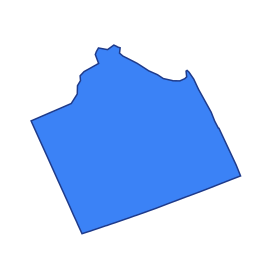 outline of Sussex, Delaware, United States of America, rotated 339°
{"feature_id": "52423323B18332977345719", "entity_name": "Sussex", "entity_type": "district", "adm_level": 2, "iso_a3": "USA", "parent_name": "United States of America", "parent_adm1": "Delaware", "projection": "orthographic", "projection_center": [-75.391, 38.706], "detail": "fine", "context": "isolated", "style": "filled", "palette": "blue", "viewbox_px": 256, "rotation_deg": 339, "n_neighbors": 0, "source": "geoboundaries", "source_scale": "gbopen_adm2", "svg_char_len": 1292}
<svg xmlns="http://www.w3.org/2000/svg" viewBox="0 0 256 256"><g transform="rotate(339 128 128)"><path d="M43.8,151.6L44.0,154.7L44.1,156.3L44.2,158.0L44.2,158.5L44.7,166.1L44.8,168.4L45.3,176.6L45.6,182.6L45.9,189.5L46.5,198.0L46.5,199.4L47.2,210.2L54.6,210.6L55.3,210.7L59.2,210.8L63.7,211.0L72.2,211.3L73.5,211.5L74.5,211.5L76.0,211.5L78.5,211.6L82.2,211.8L82.4,211.8L89.0,212.0L91.9,212.1L92.3,212.1L97.1,212.3L97.8,212.3L103.3,212.4L103.8,212.5L116.5,212.8L117.5,212.8L121.2,212.9L125.4,213.0L125.7,213.0L131.6,213.0L135.6,213.0L139.4,213.0L157.3,213.1L160.6,213.2L162.6,213.2L175.1,213.3L180.2,213.3L191.6,213.2L205.3,213.1L210.4,213.1L211.4,213.1L211.8,213.1L214.7,213.1L215.0,213.1L215.9,213.1L215.7,201.4L212.8,160.9L212.7,160.8L212.6,160.6L212.3,160.5L211.4,152.6L211.3,143.0L207.7,117.3L207.4,113.3L206.9,105.9L204.9,97.6L203.8,95.4L202.6,95.7L201.1,101.2L201.1,101.3L198.7,102.3L193.3,102.6L186.8,100.0L186.4,99.6L178.7,94.5L178.6,94.4L174.7,88.9L167.8,82.0L159.7,70.9L149.0,59.0L146.9,55.1L149.4,50.3L147.1,48.5L147.0,48.1L144.5,45.5L137.0,47.5L129.1,42.7L125.9,45.3L123.8,47.7L123.7,57.2L107.2,59.6L102.0,62.1L100.6,66.8L96.0,70.4L92.8,78.1L83.8,84.8L40.1,86.6L40.2,89.2L40.6,96.0L41.3,108.1L42.5,128.2L43.8,151.6Z" fill="#3b82f6" stroke="#1e3a8a" stroke-width="1.5"/></g></svg>